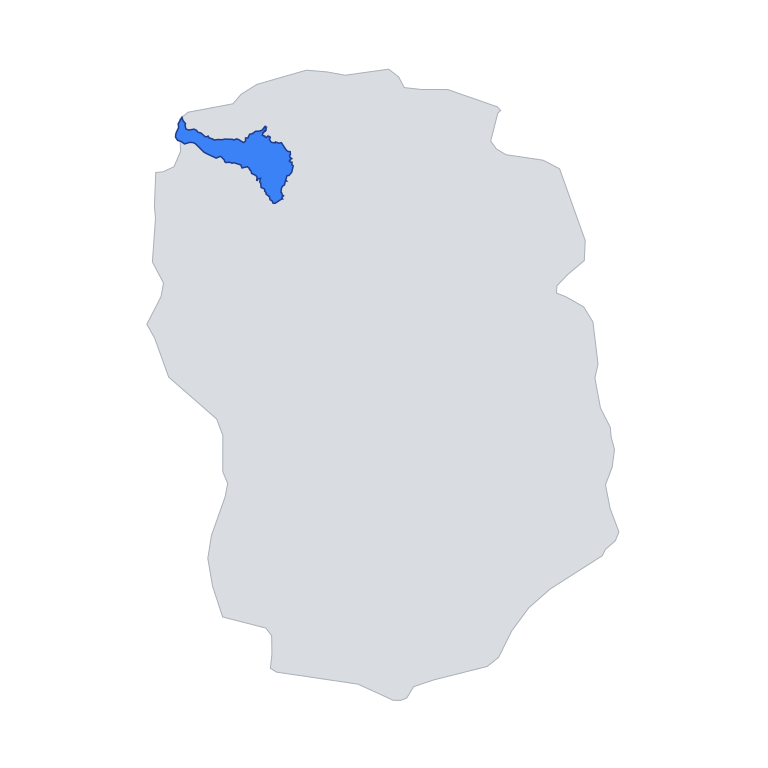 Ohrid, Ohrid, North Macedonia (highlighted), rotated 96°
{"feature_id": "65306769B86752814527149", "entity_name": "Ohrid", "entity_type": "district", "adm_level": 2, "iso_a3": "MKD", "parent_name": "North Macedonia", "parent_adm1": "Ohrid", "projection": "orthographic", "projection_center": [20.849, 41.081], "detail": "fine", "context": "in_parent", "style": "filled", "palette": "blue", "viewbox_px": 768, "rotation_deg": 96, "n_neighbors": 0, "source": "geoboundaries", "source_scale": "gbopen_adm2", "svg_char_len": 2993}
<svg xmlns="http://www.w3.org/2000/svg" viewBox="0 0 768 768"><g transform="rotate(96 384 384)"><path d="M342.4,173.3L356.0,174.9L385.3,166.2L403.5,154.4L412.8,152.6L425.1,147.9L443.0,148.4L461.1,153.2L484.0,146.2L506.5,134.9L515.6,137.5L525.5,146.6L532.0,149.0L570.4,197.2L591.4,216.6L616.0,231.1L643.9,241.5L654.1,251.8L673.0,303.4L682.0,323.0L693.9,328.6L696.9,334.2L697.6,341.7L685.2,378.6L681.8,460.7L678.6,467.3L664.6,467.2L646.1,469.4L639.1,475.9L632.6,520.1L602.9,533.4L575.8,541.0L552.8,539.8L512.3,530.1L499.2,529.1L488.0,535.2L452.0,538.9L436.3,546.8L399.7,598.8L362.2,617.0L349.4,626.1L320.5,614.9L306.7,613.8L286.8,627.1L243.0,628.6L231.2,630.9L197.5,633.1L196.1,626.0L189.9,615.6L174.1,610.7L142.0,614.9L134.2,607.3L121.1,563.5L110.8,556.4L99.3,541.7L80.0,494.0L79.6,473.2L81.0,455.0L70.4,412.3L77.1,401.5L87.1,394.8L87.2,377.6L84.5,351.5L96.5,300.4L99.7,296.6L102.7,299.1L131.2,303.3L138.5,296.8L143.2,286.7L144.8,249.2L151.6,231.9L220.2,198.9L240.3,197.7L255.9,212.7L268.2,222.3L275.5,222.0L278.2,212.3L286.4,193.5L300.4,182.7L342.0,173.2L342.4,173.3Z" fill="#d9dde1" stroke="#a8b0b8" stroke-width="1"/><path d="M140.7,528.1L140.1,529.1L144.2,531.7L145.5,534.2L146.1,538.1L149.1,541.6L149.6,543.7L153.5,545.1L153.8,547.4L156.9,547.1L158.6,548.9L155.9,554.6L155.7,556.5L157.1,558.9L156.5,560.2L157.1,568.1L158.0,570.6L158.2,575.0L159.2,578.4L158.3,579.7L157.6,583.5L155.8,584.9L156.7,586.0L156.6,587.9L153.5,592.3L153.1,595.3L151.3,597.0L150.4,599.5L151.9,605.0L151.0,607.7L147.5,608.9L145.8,608.6L143.1,611.4L139.9,612.8L141.8,613.7L144.8,615.0L145.8,615.5L146.8,615.9L148.7,615.4L150.1,615.1L150.6,615.1L152.0,615.6L154.2,616.4L156.3,617.0L157.7,617.2L159.9,617.2L160.2,617.1L161.1,616.5L162.8,615.1L163.3,614.7L163.5,614.0L163.5,613.3L163.7,612.5L164.1,611.0L164.8,609.7L165.9,607.8L166.1,607.5L164.0,602.5L163.9,598.9L164.8,596.6L172.4,587.1L174.0,582.9L176.9,574.5L174.8,570.8L175.0,569.7L177.9,566.2L179.5,565.7L180.3,564.5L179.6,560.9L180.3,558.1L179.6,556.4L181.1,549.3L184.0,547.8L182.2,542.7L183.7,540.4L184.9,540.1L186.0,538.5L188.4,537.7L190.0,533.3L191.6,531.8L194.7,531.9L194.8,531.3L193.4,530.9L192.3,528.3L196.0,528.8L197.5,527.5L201.4,526.8L202.4,523.6L203.4,522.8L204.6,522.9L206.1,521.2L207.4,521.2L209.8,517.5L212.7,516.6L213.4,514.7L215.9,513.1L215.6,511.1L210.6,505.0L210.6,504.2L209.0,505.1L207.3,503.6L206.4,505.3L204.8,505.5L204.2,506.5L199.8,506.4L197.7,505.5L196.5,503.8L192.3,503.3L192.3,502.1L191.5,503.0L187.1,502.3L186.5,500.3L183.1,497.9L176.5,497.1L175.3,498.7L173.1,498.6L173.0,500.6L172.1,501.5L171.0,500.5L170.5,500.8L169.5,499.3L168.1,501.4L166.4,501.8L165.7,501.0L162.7,501.6L162.7,504.1L161.3,505.9L154.7,511.3L155.5,513.8L154.6,517.2L155.5,517.4L155.5,521.2L153.2,523.4L150.5,522.9L149.8,523.6L150.1,525.4L149.6,525.5L151.2,526.9L150.3,528.8L149.9,528.6L149.4,531.0L146.8,530.6L146.7,529.9L145.3,529.7L145.1,528.6L144.3,528.9L144.0,527.9L142.1,528.0L141.2,529.4L140.7,528.1Z" fill="#3b82f6" stroke="#1e3a8a" stroke-width="1.5"/></g></svg>